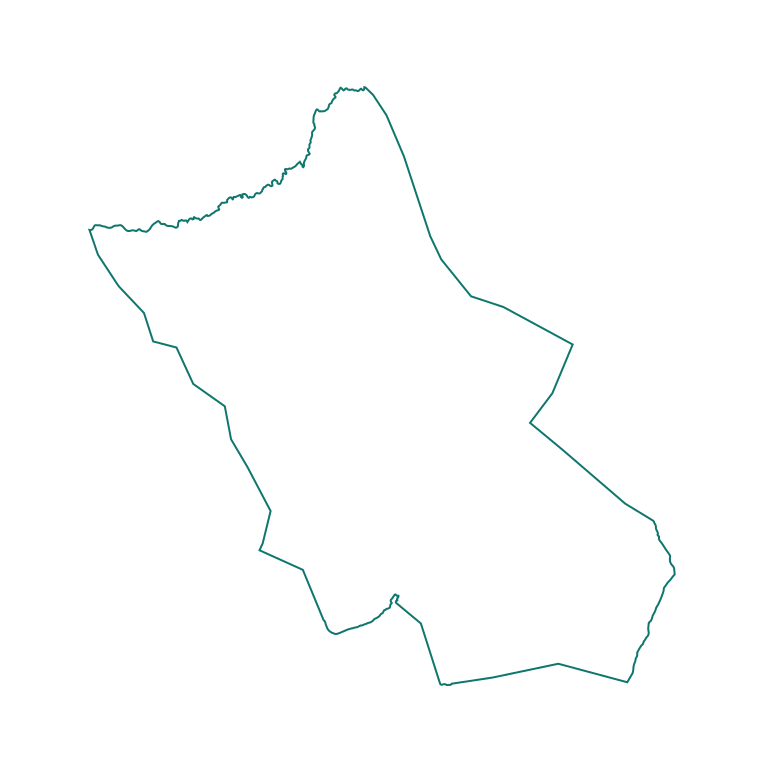 the district of O'mnogovi, Uvs, Mongolia, rotated 96°
{"feature_id": "93677404B24799113543159", "entity_name": "O'mnogovi", "entity_type": "district", "adm_level": 2, "iso_a3": "MNG", "parent_name": "Mongolia", "parent_adm1": "Uvs", "projection": "robinson", "projection_center": [91.474, 49.101], "detail": "fine", "context": "isolated", "style": "outline", "palette": "teal", "viewbox_px": 768, "rotation_deg": 96, "n_neighbors": 0, "source": "geoboundaries", "source_scale": "gbopen_adm2", "svg_char_len": 6062}
<svg xmlns="http://www.w3.org/2000/svg" viewBox="0 0 768 768"><g transform="rotate(96 384 384)"><path d="M261.6,693.0L285.3,682.0L312.0,660.2L314.9,657.6L338.5,630.1L365.8,618.0L369.4,594.2L403.9,573.7L422.8,540.0L455.0,530.3L481.0,511.0L522.2,483.5L555.2,488.0L562.4,490.4L577.3,445.3L624.8,419.6L626.6,417.8L630.0,416.4L633.3,414.6L634.8,413.3L635.9,411.7L636.8,409.9L637.0,408.7L637.6,407.2L637.7,406.3L637.4,404.5L636.2,402.0L631.9,394.3L631.4,392.9L630.5,390.9L630.2,389.6L629.7,388.8L628.6,385.2L628.3,384.6L626.9,382.6L626.6,381.9L626.4,380.6L625.0,378.1L624.3,376.4L623.7,375.6L623.2,374.7L622.5,372.5L620.9,370.6L620.2,370.0L619.2,369.4L618.1,368.0L617.5,366.9L615.8,364.7L612.9,362.8L612.2,361.6L611.8,361.3L609.0,360.2L608.5,359.0L607.4,358.0L606.9,356.4L605.9,355.0L605.0,354.7L602.8,354.6L601.3,353.5L600.9,353.4L600.7,353.5L600.2,354.2L599.8,354.4L598.6,354.7L598.0,354.6L595.8,353.1L592.8,351.6L592.2,351.0L592.1,350.5L593.3,349.0L593.0,347.7L593.2,347.4L594.7,347.6L595.5,348.2L596.4,348.6L596.8,348.6L597.4,348.1L597.7,348.1L597.9,348.2L598.5,349.2L599.0,349.4L599.6,349.5L600.4,349.1L618.3,322.3L673.9,297.9L676.8,296.5L677.0,295.9L677.1,295.2L677.0,294.7L676.5,293.8L676.1,292.2L676.4,290.9L676.9,290.1L676.4,288.1L676.4,286.7L675.6,285.6L675.0,285.4L664.6,245.4L644.0,181.4L655.2,110.9L645.5,106.5L642.4,106.2L639.2,106.3L637.1,106.1L632.8,105.0L630.9,105.0L628.5,104.0L627.1,103.8L624.6,104.1L621.4,102.8L617.6,101.0L615.5,99.3L612.8,98.7L610.9,97.5L608.7,96.6L607.5,95.6L606.2,95.0L604.5,94.7L603.5,94.7L600.7,95.5L599.2,95.7L594.1,95.7L593.9,95.4L592.9,95.1L591.9,94.0L591.3,93.6L588.1,92.8L586.4,92.6L581.6,90.6L578.0,89.9L574.4,88.2L569.0,86.4L562.5,84.7L560.2,84.3L557.8,84.3L557.0,84.0L554.9,82.7L552.3,81.4L548.6,78.6L544.9,76.4L543.2,75.1L542.9,75.0L537.5,76.1L536.2,76.6L535.0,77.5L533.4,79.3L532.6,79.9L531.6,80.5L530.1,81.1L528.1,81.4L525.2,81.4L523.5,82.5L519.1,86.4L513.4,91.0L511.0,93.4L509.3,94.4L506.9,94.5L506.0,95.8L505.4,96.2L504.5,95.9L503.5,96.1L501.4,97.2L500.7,97.8L499.0,98.5L497.1,98.7L495.1,99.7L494.1,100.6L492.6,101.1L491.7,102.3L477.8,131.6L430.4,200.1L407.4,234.7L375.6,215.6L325.0,200.5L295.0,273.2L287.7,306.6L254.1,340.1L232.1,353.5L155.7,387.9L116.5,409.6L97.7,425.0L91.0,433.5L90.9,434.6L92.7,434.5L93.5,434.8L94.0,435.3L94.1,435.7L94.0,436.0L92.8,437.5L92.8,438.0L94.8,439.6L95.2,440.1L95.4,440.7L95.4,441.2L94.9,442.1L94.9,442.5L95.2,444.3L94.6,445.3L94.4,446.0L94.5,446.7L95.0,448.0L95.0,450.5L94.7,451.2L93.9,451.9L94.0,452.6L94.4,453.3L95.7,454.1L96.2,454.8L96.0,455.3L94.5,456.9L93.9,458.2L94.7,458.7L97.1,459.5L98.6,460.5L99.6,461.3L99.9,461.8L100.0,462.8L100.4,463.2L101.1,463.6L102.0,463.6L103.2,462.4L104.0,462.2L106.2,464.3L107.7,465.0L110.2,465.7L111.2,467.2L111.8,467.6L112.6,467.9L114.3,468.0L115.4,468.3L116.4,468.7L117.3,469.7L118.8,471.6L119.3,473.8L119.4,474.8L119.3,475.5L119.7,476.1L119.6,476.7L119.2,477.3L118.0,478.8L118.0,479.6L119.2,480.3L122.7,481.2L123.5,481.6L125.8,481.9L131.4,481.6L133.1,480.3L133.9,480.4L134.5,480.2L136.0,479.4L136.5,479.4L137.6,479.6L138.3,479.9L140.5,481.6L141.9,481.8L144.2,481.4L147.1,482.0L149.3,482.6L149.9,482.6L150.6,482.2L151.3,482.2L151.9,482.3L153.1,483.0L153.9,483.2L156.5,482.8L157.3,483.0L158.2,483.9L158.7,484.2L160.4,483.8L162.0,482.5L162.6,482.1L163.0,482.0L163.7,482.6L164.5,484.3L164.9,484.8L167.6,485.1L170.7,486.4L173.0,486.8L175.2,486.4L176.0,486.5L176.8,487.0L176.5,487.6L175.9,487.9L174.9,487.9L174.1,489.0L174.1,489.3L171.8,490.9L174.3,493.2L176.7,494.9L179.7,499.0L179.6,500.7L180.5,502.4L180.6,502.7L180.4,504.3L180.5,504.6L181.1,504.9L182.2,504.7L183.4,503.6L184.2,503.2L185.1,503.2L185.5,503.7L184.9,505.4L185.0,506.1L185.3,506.5L186.1,506.6L187.7,506.2L188.9,506.5L190.7,506.3L191.1,506.4L192.2,507.3L195.0,507.9L195.5,508.1L195.9,508.7L196.0,509.4L195.9,510.2L195.4,510.9L194.5,511.0L193.9,511.3L193.3,512.0L192.9,513.0L192.2,513.9L192.3,514.3L194.1,516.2L194.6,516.5L195.2,516.5L198.0,515.7L198.5,515.8L199.1,516.8L198.8,517.9L198.2,518.8L197.9,519.7L197.9,520.1L198.1,520.6L198.7,521.1L199.1,521.9L200.3,522.5L200.9,524.0L201.4,524.4L202.7,524.7L203.4,525.3L204.9,525.4L207.1,527.1L207.5,527.7L207.6,528.3L207.4,530.4L207.6,530.9L208.6,531.9L209.5,532.3L211.0,532.7L211.6,533.4L212.2,534.8L212.3,535.3L211.8,536.8L212.9,537.7L213.0,538.2L212.1,539.4L210.9,540.1L210.1,541.1L209.7,542.0L209.6,542.7L209.9,544.1L210.2,544.6L211.0,544.7L212.9,544.0L213.6,544.4L213.6,544.8L213.1,545.6L211.4,546.4L211.1,546.7L211.1,547.1L211.9,548.3L212.3,549.2L213.4,550.9L213.7,551.5L213.7,553.0L214.1,553.3L215.9,553.5L216.2,553.7L216.2,553.9L215.2,554.6L214.4,555.8L214.5,556.5L214.8,557.1L215.3,557.7L217.5,559.3L219.0,559.0L219.6,559.1L219.8,559.4L220.0,560.5L220.5,561.7L220.6,563.7L220.7,564.2L221.6,564.9L223.2,565.6L224.4,567.0L224.9,567.3L225.4,567.3L227.6,566.2L228.2,566.5L229.4,569.2L231.8,571.6L232.7,573.1L234.7,574.9L235.0,575.6L235.3,577.1L234.7,577.5L234.5,577.8L235.0,578.7L237.9,581.7L239.7,583.0L240.0,583.5L240.0,584.3L239.2,585.1L238.8,585.7L239.0,586.8L238.9,588.3L238.2,589.8L237.9,590.2L238.0,590.5L238.5,590.7L239.8,590.6L240.2,591.1L240.3,591.5L240.2,591.9L239.6,592.8L239.5,593.2L239.8,594.3L240.3,594.8L243.5,596.5L242.2,597.4L242.1,597.7L242.1,598.7L242.4,599.1L242.6,600.1L242.6,600.6L242.0,602.4L242.9,603.5L243.2,605.0L244.4,605.1L245.3,605.5L248.8,605.5L250.0,606.5L250.3,607.2L250.2,608.1L249.6,609.5L249.2,611.7L249.4,615.9L249.2,616.6L248.3,618.4L247.8,618.8L247.7,619.6L248.0,620.2L248.1,621.1L248.1,622.2L247.7,623.0L246.1,624.3L245.5,625.6L248.8,629.6L250.2,630.9L251.6,631.7L254.4,633.1L256.5,634.9L257.5,636.3L257.1,640.8L256.5,642.0L255.8,642.9L255.7,643.8L256.0,644.5L256.8,645.1L257.8,646.4L257.4,649.2L257.5,650.6L258.4,652.9L258.6,654.3L258.4,655.6L257.3,657.4L254.2,660.8L253.6,662.4L253.6,663.2L254.2,665.0L254.7,668.2L255.3,669.4L256.8,671.1L257.1,672.0L257.4,673.4L257.4,675.0L257.2,676.4L256.6,677.7L256.6,679.8L255.8,683.7L256.0,684.4L256.2,685.8L256.1,687.0L256.3,687.7L256.7,688.4L260.0,689.8L261.1,690.7L261.7,692.2L261.6,693.0Z" fill="none" stroke="#0f766e" stroke-width="2"/></g></svg>